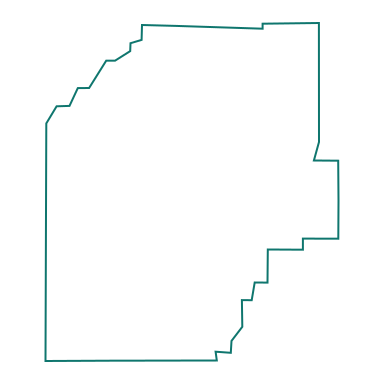 the district of Venango, Pennsylvania, United States of America
{"feature_id": "52423323B82006057741431", "entity_name": "Venango", "entity_type": "district", "adm_level": 2, "iso_a3": "USA", "parent_name": "United States of America", "parent_adm1": "Pennsylvania", "projection": "albers", "projection_center": [-79.716, 41.398], "detail": "fine", "context": "isolated", "style": "outline", "palette": "teal", "viewbox_px": 384, "rotation_deg": 0, "n_neighbors": 0, "source": "geoboundaries", "source_scale": "gbopen_adm2", "svg_char_len": 529}
<svg xmlns="http://www.w3.org/2000/svg" viewBox="0 0 384 384"><path d="M216.8,360.5L215.6,351.7L230.8,352.8L231.5,340.9L242.3,326.8L241.9,300.1L251.7,300.2L254.7,282.5L267.5,282.6L267.8,249.5L302.9,249.7L302.9,238.6L338.3,238.7L338.5,200.8L338.2,160.7L313.9,160.5L319.0,142.0L318.9,23.0L262.6,23.7L262.6,28.7L175.8,25.9L142.0,25.0L141.6,39.9L130.5,43.2L130.2,51.1L115.0,60.7L106.2,60.7L89.1,88.0L77.8,88.1L69.5,105.9L56.6,106.3L46.3,123.4L45.5,361.0L109.7,360.7L216.8,360.5Z" fill="none" stroke="#0f766e" stroke-width="2"/></svg>